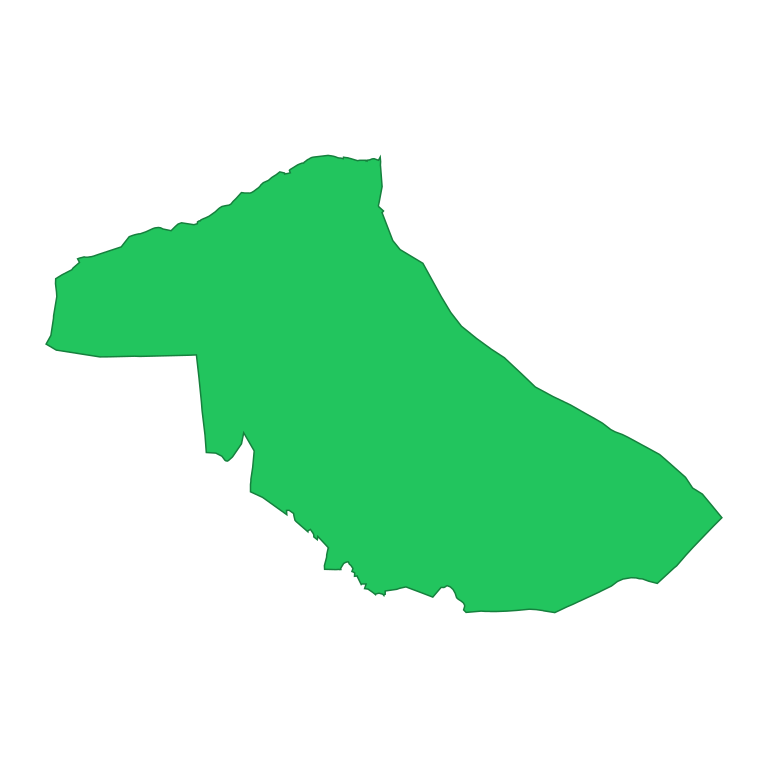 the district of San Miguel Tlacamama, Oaxaca, Mexico
{"feature_id": "50627088B65842169677183", "entity_name": "San Miguel Tlacamama", "entity_type": "district", "adm_level": 2, "iso_a3": "MEX", "parent_name": "Mexico", "parent_adm1": "Oaxaca", "projection": "natural_earth1", "projection_center": [-98.117, 16.445], "detail": "fine", "context": "isolated", "style": "filled", "palette": "green", "viewbox_px": 768, "rotation_deg": 0, "n_neighbors": 0, "source": "geoboundaries", "source_scale": "gbopen_adm2", "svg_char_len": 4029}
<svg xmlns="http://www.w3.org/2000/svg" viewBox="0 0 768 768"><path d="M79.5,262.4L75.3,266.1L73.1,268.0L71.8,269.8L70.6,270.4L62.2,274.7L55.7,278.7L55.5,283.7L56.5,292.0L56.8,296.6L53.6,315.8L53.5,318.3L50.9,335.4L46.1,344.1L56.3,350.1L99.8,356.9L109.4,356.8L134.6,356.2L139.9,356.4L160.5,355.9L189.3,355.2L196.4,354.9L198.9,377.0L201.4,401.9L202.1,410.7L205.0,435.0L206.3,452.5L215.8,453.1L221.9,456.2L224.9,460.2L225.8,460.8L227.3,461.1L228.5,460.5L232.2,457.2L232.8,456.5L241.5,443.8L243.7,432.8L254.2,450.9L252.7,467.3L250.9,479.2L250.9,481.2L250.5,484.4L250.5,491.8L262.6,497.4L286.8,514.7L286.5,510.4L289.1,510.3L293.6,513.5L293.9,515.7L295.0,520.3L296.2,521.6L307.9,531.8L308.0,530.8L310.4,529.4L313.4,533.8L313.8,535.2L313.8,536.9L317.3,539.7L317.8,536.4L328.5,547.9L328.0,549.3L327.9,549.2L326.7,554.8L326.6,557.2L324.4,565.6L324.6,569.3L335.9,569.6L339.0,569.4L339.5,569.6L340.9,569.5L340.7,568.3L343.5,563.7L343.8,563.4L345.0,562.7L346.4,562.1L348.1,561.8L348.7,562.7L349.0,563.4L349.4,564.2L350.3,564.9L350.8,565.3L352.9,568.4L352.9,568.7L351.9,571.5L353.5,572.1L354.7,572.9L354.5,576.3L357.2,576.0L357.6,577.2L361.2,584.5L361.7,584.0L366.1,584.0L364.6,588.6L368.0,589.1L372.9,592.5L375.6,594.7L375.9,593.9L379.0,593.2L382.8,594.2L383.9,595.5L384.1,594.7L385.2,594.3L385.2,591.1L385.8,590.9L396.8,589.3L399.6,588.3L406.0,586.9L408.8,588.0L420.8,592.5L432.8,597.1L441.1,587.4L443.9,587.5L445.5,586.7L446.5,585.9L447.2,585.7L450.3,586.9L453.1,589.5L455.2,593.3L456.6,597.7L458.2,599.2L460.9,600.9L463.3,602.8L464.6,605.1L464.6,606.6L463.6,609.9L466.1,612.4L480.2,611.2L481.1,611.1L485.4,611.4L489.6,611.4L490.4,611.5L490.7,611.5L496.5,611.5L506.9,611.1L516.9,610.4L529.4,609.2L536.4,609.6L536.9,609.7L543.3,610.6L543.6,610.8L553.7,612.4L554.8,612.6L559.5,610.4L566.8,606.9L572.9,604.3L579.0,601.4L580.0,601.0L587.9,597.3L591.2,595.8L599.8,591.8L600.0,591.6L608.8,587.3L611.3,586.1L613.1,584.8L616.6,582.1L617.8,581.3L623.4,578.9L623.8,578.9L624.0,578.9L631.1,577.7L636.2,577.9L639.2,578.7L642.4,578.9L648.7,581.2L657.3,583.4L674.2,567.8L676.6,565.9L685.6,555.5L693.0,547.4L713.2,526.4L721.9,517.7L713.5,507.5L702.4,494.1L692.6,488.0L685.5,477.3L677.7,470.4L665.5,459.6L659.6,454.5L627.8,437.2L622.3,434.5L615.2,431.9L610.8,429.6L602.5,423.2L595.5,419.1L584.6,413.0L570.6,405.0L552.9,396.5L535.3,387.0L523.3,375.5L505.7,359.0L504.5,357.8L491.3,349.2L476.6,338.5L470.8,333.8L461.4,326.2L450.7,312.4L441.2,296.6L422.9,263.3L400.1,249.6L392.8,240.6L382.0,212.5L382.5,212.2L383.5,211.0L379.0,206.9L378.8,206.8L378.5,206.2L378.4,205.6L379.1,202.5L382.1,186.6L381.6,180.2L380.5,165.8L380.4,165.4L380.6,161.7L380.2,157.1L378.5,160.3L374.4,158.8L374.0,158.7L372.1,158.9L369.7,159.9L367.3,160.2L367.1,160.9L366.8,160.6L366.4,160.6L366.1,160.9L365.9,160.3L359.6,160.3L357.6,160.7L350.7,158.6L349.4,158.3L347.9,157.8L346.0,157.6L344.6,157.4L343.5,157.2L343.2,158.7L340.9,158.1L339.0,158.0L337.7,157.7L335.7,156.9L333.7,156.3L331.6,155.9L328.1,155.4L313.6,157.1L312.1,157.4L311.2,157.7L309.9,158.4L309.0,159.0L307.7,159.6L307.1,160.0L306.6,160.4L305.4,161.4L304.3,162.1L303.6,163.1L302.1,163.1L299.9,163.9L297.6,164.9L290.2,169.5L289.4,170.3L290.1,172.3L290.3,172.8L288.0,173.4L284.6,174.0L284.5,173.0L279.8,171.9L276.2,174.7L273.6,176.3L271.6,177.6L269.8,179.2L268.4,180.4L263.3,182.7L262.0,183.9L260.9,184.9L259.8,186.5L258.3,187.9L256.6,189.1L255.3,190.1L253.7,191.3L251.3,192.7L249.8,193.1L248.4,193.0L244.6,193.0L242.5,192.7L241.4,192.6L236.1,198.5L233.2,201.3L231.0,204.0L229.1,205.1L225.4,205.7L221.9,206.5L219.5,208.0L218.2,209.1L215.3,211.8L209.1,216.2L205.3,218.0L203.9,218.5L200.9,219.9L200.3,220.8L199.1,220.9L197.5,221.9L197.4,223.7L193.9,224.7L181.5,222.8L178.0,224.1L175.3,226.5L171.1,230.7L163.0,229.0L160.6,227.8L158.4,227.5L155.0,227.9L153.1,228.5L145.9,231.8L140.2,233.8L138.6,233.9L135.4,234.6L133.0,235.3L129.2,236.7L121.2,246.9L97.9,254.6L93.6,256.1L91.3,256.7L89.6,256.9L87.8,257.2L85.6,257.2L84.1,256.9L82.0,257.5L79.8,258.0L77.6,258.8L79.5,262.4Z" fill="#22c55e" stroke="#15803d" stroke-width="1.5"/></svg>